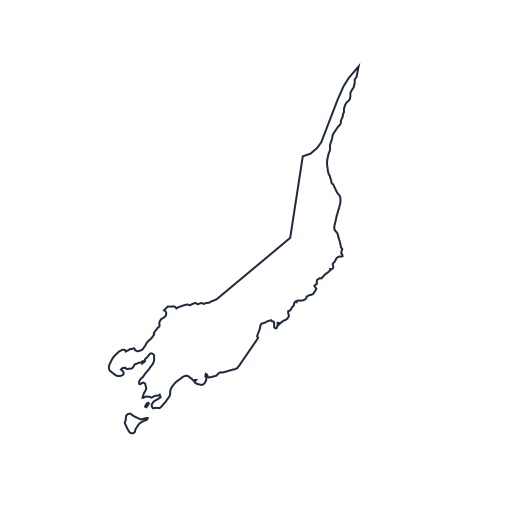 the district of Cândido Mendes, Maranhão, Brazil, rotated 209°
{"feature_id": "56859067B23777236022045", "entity_name": "Cândido Mendes", "entity_type": "district", "adm_level": 2, "iso_a3": "BRA", "parent_name": "Brazil", "parent_adm1": "Maranhão", "projection": "equal_earth", "projection_center": [-45.636, -1.694], "detail": "fine", "context": "isolated", "style": "outline", "palette": "slate", "viewbox_px": 512, "rotation_deg": 209, "n_neighbors": 0, "source": "geoboundaries", "source_scale": "gbopen_adm2", "svg_char_len": 6033}
<svg xmlns="http://www.w3.org/2000/svg" viewBox="0 0 512 512"><g transform="rotate(209 256 256)"><path d="M184.1,294.3L182.8,296.0L181.1,296.8L180.2,297.9L181.5,299.2L182.6,299.4L183.6,301.9L183.9,303.9L185.0,304.4L185.9,304.8L186.6,305.7L188.1,307.5L189.1,308.5L190.2,309.7L192.8,312.2L193.7,313.1L194.5,314.0L195.5,315.1L196.7,315.7L199.1,316.6L200.4,317.3L201.8,319.8L202.6,322.3L203.6,326.1L204.9,330.2L205.3,332.4L205.8,334.1L206.2,335.9L206.5,338.1L207.3,340.4L207.6,342.2L208.2,343.9L209.5,346.3L210.7,348.2L212.7,349.6L215.7,350.7L218.6,352.7L221.6,354.9L223.0,355.9L224.6,356.2L225.5,356.7L226.8,358.4L227.9,359.5L229.0,360.4L230.7,362.2L232.0,362.7L232.7,363.5L233.6,364.5L234.7,365.6L235.3,366.6L236.8,368.6L237.5,369.4L238.2,370.4L239.0,372.0L239.7,373.2L240.5,375.2L241.1,377.1L241.6,379.0L242.1,380.5L242.5,384.0L243.0,385.4L244.9,388.5L245.4,390.3L245.7,392.4L246.6,396.4L247.3,397.8L247.6,399.1L247.6,401.0L247.5,402.6L247.2,405.0L247.2,406.3L247.0,407.7L246.9,409.0L246.5,410.1L246.2,411.4L246.2,412.8L246.6,414.1L247.3,415.6L247.6,418.0L247.7,419.9L248.4,421.5L248.7,422.7L248.8,424.3L249.4,425.6L250.4,427.2L251.3,431.6L251.2,433.2L251.1,434.5L250.3,436.6L250.0,438.0L250.2,439.5L250.8,441.3L252.0,443.4L252.6,444.8L252.6,446.2L252.6,447.9L252.5,449.2L252.3,451.0L253.0,452.7L253.2,454.1L253.7,455.4L254.6,457.1L255.2,458.2L255.1,459.7L254.9,461.4L258.2,471.6L261.2,456.7L261.7,446.6L260.4,432.3L254.1,387.4L254.4,384.1L254.9,380.2L257.9,372.0L263.4,365.8L234.9,288.5L238.0,280.4L241.9,270.2L257.9,228.9L268.7,201.0L269.4,199.2L270.3,197.9L271.6,196.3L272.7,195.1L273.7,193.6L274.4,192.3L276.1,191.3L277.3,190.2L278.1,188.9L279.7,188.7L281.2,188.2L282.5,186.9L283.5,185.5L285.2,185.6L286.4,185.5L287.3,184.5L288.4,183.1L289.2,181.9L290.0,180.9L292.4,180.4L293.8,179.3L296.7,176.3L297.6,175.2L299.3,173.2L300.2,171.6L301.8,172.3L303.7,172.0L305.4,170.8L307.3,169.7L308.6,169.1L310.2,163.9L309.2,163.9L308.1,163.6L307.2,163.0L306.4,161.7L305.9,160.0L306.5,158.2L307.1,156.6L308.2,155.3L308.5,152.8L308.4,151.4L307.8,149.9L306.9,148.9L306.4,147.8L306.6,146.6L307.2,145.6L307.3,144.2L307.6,142.5L307.9,140.7L307.9,138.8L307.0,138.0L307.3,135.6L307.5,133.7L307.9,132.4L309.1,128.9L309.5,126.8L309.4,124.4L309.6,122.0L309.8,120.2L310.3,118.4L311.5,117.0L312.5,116.0L313.5,115.2L316.2,115.0L317.1,115.9L318.2,116.1L318.8,115.2L319.8,114.3L320.7,113.8L321.4,112.8L322.1,111.4L322.9,110.5L323.6,109.3L324.8,110.2L326.3,109.9L327.5,109.1L328.9,106.9L329.6,105.7L330.0,104.5L331.1,100.9L331.5,99.3L331.8,97.5L331.8,96.2L331.8,94.0L331.6,92.2L331.6,90.7L331.4,89.4L330.8,87.5L329.8,86.0L328.8,85.1L327.9,84.7L326.8,84.6L325.2,84.3L324.0,84.1L322.9,83.9L321.6,83.8L320.2,83.7L318.8,84.0L317.4,84.7L316.2,85.6L315.4,86.5L314.8,87.4L314.6,88.6L315.2,89.8L316.6,90.6L319.1,91.3L318.3,93.4L316.1,94.9L314.7,94.4L313.3,95.1L312.3,95.9L311.1,96.6L309.9,97.8L309.5,99.9L309.6,102.1L308.9,103.2L308.1,103.9L307.3,105.2L306.5,106.0L305.1,107.0L303.6,110.0L303.7,108.5L303.3,107.2L302.5,108.8L302.1,110.1L302.9,111.5L302.8,113.0L302.1,114.5L301.8,116.2L301.6,117.9L301.0,119.7L299.7,120.3L298.2,120.3L296.9,119.6L295.3,116.8L294.7,115.7L294.2,114.2L293.9,111.6L294.2,109.7L294.6,107.2L294.7,105.6L295.2,102.5L295.6,100.9L295.9,99.5L296.1,97.6L296.2,95.3L296.8,94.1L297.4,91.8L297.4,89.9L296.8,88.3L295.9,87.4L294.9,87.9L294.2,89.6L293.2,90.6L292.1,90.8L291.1,90.5L290.0,89.4L289.1,88.4L287.9,87.2L287.4,85.4L287.5,81.4L287.2,80.1L286.6,77.0L285.7,77.4L284.9,78.9L283.5,80.1L282.0,80.8L280.5,81.2L278.7,81.5L277.0,84.2L276.1,85.0L274.5,86.1L273.5,86.8L273.0,88.0L271.0,86.3L271.7,84.6L274.6,79.8L275.0,78.3L275.2,76.6L275.0,75.0L274.3,74.1L273.1,73.3L272.1,72.9L271.3,73.5L270.4,74.4L269.2,75.0L266.6,76.2L266.0,77.6L265.2,80.7L264.9,82.5L264.5,83.7L264.3,85.0L264.2,87.4L263.9,88.8L263.7,90.8L263.8,92.4L264.2,93.6L265.7,96.6L266.1,99.7L266.0,101.3L265.2,106.0L264.4,108.1L262.2,112.9L261.4,114.8L260.2,116.4L258.6,117.7L257.3,118.0L255.9,117.9L254.1,117.4L253.0,117.6L251.6,117.0L250.3,116.7L249.2,118.2L248.2,118.5L248.9,116.3L247.9,115.6L245.4,115.6L243.5,116.1L242.6,116.4L241.7,116.6L240.5,117.2L239.6,118.9L239.3,120.1L239.3,122.0L239.6,123.8L240.2,125.1L241.1,125.8L242.1,126.3L242.7,128.6L241.2,128.4L240.0,127.4L238.8,126.7L237.8,127.2L235.7,129.2L233.5,131.2L232.7,132.1L231.7,135.6L230.5,137.2L229.5,137.5L228.4,138.2L227.5,139.1L226.6,140.0L225.7,140.7L224.8,141.8L223.4,143.3L222.3,144.1L221.4,145.4L220.1,146.1L218.2,148.5L217.5,152.1L217.3,155.4L216.7,161.2L214.6,183.1L214.5,185.5L216.2,186.4L216.4,187.6L216.6,189.2L216.9,191.5L217.5,194.6L218.2,196.6L218.6,198.4L218.2,199.7L216.1,201.6L214.7,203.9L213.7,205.1L211.6,207.2L210.3,206.6L209.2,207.1L207.8,206.6L207.3,205.2L206.3,204.0L205.6,202.5L204.2,202.1L203.1,202.7L203.4,204.8L202.9,206.1L204.1,206.8L204.7,208.1L203.5,208.6L202.7,207.7L202.1,208.8L201.6,210.6L200.4,213.0L199.1,214.4L198.2,216.5L198.1,217.8L198.1,219.2L198.9,220.6L200.0,221.3L201.1,223.4L199.9,224.7L199.5,226.9L199.7,228.7L199.2,229.8L199.0,231.1L199.8,233.4L199.3,235.5L198.1,235.4L198.4,236.6L197.7,237.5L195.5,238.4L193.2,240.2L192.3,241.4L191.5,243.2L192.1,245.0L190.9,246.6L190.4,247.6L189.0,248.7L187.7,250.3L187.3,254.0L187.4,256.7L188.9,257.3L190.5,258.3L189.3,261.4L190.3,262.7L191.0,264.6L189.5,267.5L187.9,268.1L187.4,270.3L187.1,271.8L186.4,274.0L185.7,275.4L185.1,276.6L184.6,278.3L184.1,279.7L184.8,280.5L183.5,281.1L182.9,282.1L182.9,283.4L183.6,284.7L185.0,285.9L185.0,287.3L184.5,288.8L184.5,291.2L184.6,292.7L184.1,294.3ZM290.9,56.0L291.7,55.1L292.1,53.4L291.4,51.4L290.4,49.4L290.2,47.7L289.8,46.3L288.7,45.4L287.1,44.4L286.1,43.5L284.8,42.7L283.4,41.8L281.8,40.8L280.6,40.4L279.2,40.6L278.1,41.0L277.1,41.9L276.7,43.7L277.4,46.1L277.1,50.6L276.7,53.1L275.8,54.7L274.3,57.3L272.6,59.2L272.0,60.3L272.1,61.7L273.4,61.2L274.7,59.8L277.5,57.2L280.2,57.0L283.0,56.8L285.2,56.7L287.0,56.8L288.9,57.3L289.9,57.0L290.9,56.0ZM280.1,73.7L280.1,71.9L280.0,70.5L278.6,70.5L278.3,71.9L278.3,73.3L278.1,75.0L279.2,75.4L280.1,73.7Z" fill="none" stroke="#1e293b" stroke-width="2"/></g></svg>